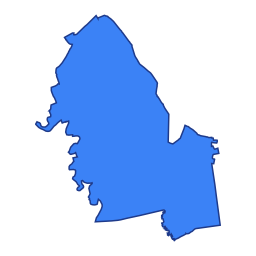 outline of Morunglav, Olt, Romania
{"feature_id": "2599482B55157415904148", "entity_name": "Morunglav", "entity_type": "district", "adm_level": 2, "iso_a3": "ROU", "parent_name": "Romania", "parent_adm1": "Olt", "projection": "mercator", "projection_center": [24.132, 44.471], "detail": "fine", "context": "isolated", "style": "filled", "palette": "blue", "viewbox_px": 256, "rotation_deg": 0, "n_neighbors": 0, "source": "geoboundaries", "source_scale": "gbopen_adm2", "svg_char_len": 5740}
<svg xmlns="http://www.w3.org/2000/svg" viewBox="0 0 256 256"><path d="M220.2,225.2L216.2,195.1L214.9,184.9L211.7,163.5L213.7,163.7L214.4,160.2L214.6,159.4L214.5,159.1L213.6,159.1L212.5,158.4L212.4,157.1L212.9,155.1L213.1,154.8L213.5,154.4L218.8,153.4L217.8,148.2L214.8,149.2L214.2,148.8L212.8,146.0L211.5,146.4L211.5,142.9L211.8,142.3L214.0,142.8L216.7,143.0L217.2,141.8L217.2,140.3L216.0,140.1L213.5,140.2L213.2,138.1L211.6,137.9L211.6,137.4L208.9,137.6L207.2,136.9L206.9,137.0L205.6,136.6L200.5,135.7L199.8,135.3L199.3,135.2L198.9,134.9L198.5,134.9L197.4,134.4L197.0,133.5L196.3,132.8L192.8,129.7L190.3,128.2L188.3,126.6L186.7,126.2L186.2,125.8L185.7,125.8L185.4,125.4L185.0,125.3L184.0,128.7L180.2,138.4L179.5,138.8L179.2,138.9L179.0,139.3L178.6,139.7L172.9,143.9L170.5,143.3L168.2,142.1L168.8,114.2L164.8,108.2L163.4,105.4L163.2,104.2L162.5,103.8L161.1,102.0L159.6,99.4L158.6,97.9L158.3,97.2L158.0,96.9L157.7,96.9L157.4,96.7L157.0,95.9L157.1,95.5L156.1,93.9L156.0,93.7L156.6,88.9L157.1,86.2L157.1,84.8L157.4,83.5L157.1,82.4L152.0,74.8L150.6,73.0L149.4,72.0L148.4,71.3L144.2,67.6L139.7,64.1L138.4,62.0L138.5,62.0L137.0,59.4L135.4,56.9L134.7,55.4L132.0,46.5L131.9,45.7L132.0,45.3L132.0,45.1L131.5,44.7L131.3,44.3L130.1,42.9L129.7,42.3L129.5,41.8L129.2,41.7L122.6,32.7L121.8,31.9L121.5,31.1L120.3,29.9L118.9,28.2L113.5,21.4L110.7,18.8L108.2,17.1L108.0,16.6L107.6,16.5L106.9,16.0L105.8,16.0L104.7,15.4L104.3,15.4L100.1,17.1L97.9,17.9L97.9,18.5L96.1,15.6L86.9,24.7L84.7,26.5L76.7,34.3L74.8,34.8L73.8,34.8L73.7,34.6L73.9,33.0L72.5,33.0L64.5,37.4L65.2,38.5L65.7,38.9L65.7,39.6L65.8,39.8L66.6,40.1L67.0,41.1L67.4,41.7L67.7,41.9L68.0,42.3L69.1,43.5L70.1,44.1L72.3,44.4L71.7,46.3L70.9,48.0L70.0,49.0L69.5,50.3L68.7,51.6L68.3,52.8L67.5,54.0L66.3,56.4L62.3,62.7L59.4,66.1L57.6,67.4L56.9,67.8L56.5,68.4L56.2,68.9L55.9,71.4L56.0,71.8L55.8,72.7L56.0,73.3L56.7,74.4L56.7,74.7L56.5,75.2L56.8,76.8L57.5,78.5L58.2,80.7L59.0,82.8L59.2,83.5L59.2,84.0L58.5,83.8L57.9,83.9L57.0,85.0L55.3,86.0L51.3,87.4L51.3,87.9L51.3,90.6L51.9,92.5L53.3,96.1L54.5,97.9L55.6,100.5L56.4,102.8L51.1,105.0L50.9,106.4L50.8,108.2L50.6,109.2L50.2,109.8L49.7,110.1L49.1,110.8L49.4,110.8L49.6,111.0L49.6,111.6L50.0,113.0L50.6,114.2L50.8,115.1L50.6,116.7L47.9,117.4L47.5,117.9L47.2,119.1L47.3,120.1L47.5,120.8L47.9,121.6L48.5,122.4L48.8,123.9L46.8,126.0L45.6,126.8L45.2,127.0L43.3,127.0L42.1,126.8L40.9,125.7L40.3,123.5L39.5,122.8L38.9,122.5L37.9,122.3L37.0,121.8L35.8,123.9L35.8,124.4L38.7,127.4L40.9,128.7L43.2,129.6L45.9,131.1L48.0,131.4L49.2,131.2L50.0,130.9L51.1,129.8L54.0,126.2L55.8,124.8L57.7,122.8L59.1,121.6L61.1,120.1L62.2,123.0L65.9,121.6L65.9,122.0L68.6,121.1L68.7,123.0L66.9,127.1L66.2,128.9L65.7,132.1L66.8,134.8L68.8,135.1L72.6,134.8L72.6,136.3L74.8,136.1L75.9,135.9L77.5,135.9L78.2,136.1L79.4,136.9L79.9,138.2L79.9,138.8L79.8,139.2L79.3,140.2L78.3,141.9L77.5,143.5L77.1,143.7L76.0,143.3L74.0,143.7L73.5,144.1L70.7,147.2L69.2,151.3L68.4,152.2L69.3,153.1L69.8,153.8L70.2,154.1L70.9,154.3L74.2,153.5L74.8,153.2L75.6,152.6L76.0,153.7L76.7,155.8L77.3,156.9L73.0,157.9L73.8,161.5L72.7,162.4L72.3,163.3L71.9,163.8L69.7,165.5L69.4,166.2L69.1,166.7L69.1,169.1L69.5,169.7L73.5,169.5L75.2,170.0L75.4,170.2L75.6,170.7L75.7,171.0L75.5,171.8L75.6,173.2L75.4,173.7L75.3,174.5L74.8,175.2L74.7,176.0L73.0,177.1L72.6,178.8L74.1,180.2L74.6,180.5L76.2,181.8L77.2,183.4L77.7,184.4L79.4,185.8L79.4,186.0L79.1,186.5L78.6,187.0L78.0,187.3L77.3,188.3L77.0,189.1L77.1,189.5L77.2,189.9L77.5,190.2L78.7,190.6L79.9,190.6L83.4,187.6L83.4,187.2L83.6,186.8L83.3,185.5L82.1,184.2L81.9,183.8L81.7,183.0L81.5,181.0L81.5,180.9L82.4,180.5L82.8,180.7L83.7,181.8L84.3,182.3L87.2,183.2L91.2,183.1L92.0,182.8L92.1,183.6L89.6,186.0L88.9,188.4L90.1,193.7L89.3,195.5L88.4,197.0L89.5,198.6L89.1,199.6L89.8,200.1L90.0,200.4L90.2,201.9L90.2,202.3L90.3,203.3L91.0,204.3L92.9,204.8L95.0,204.9L95.8,204.6L96.7,204.5L97.1,204.3L97.4,203.4L97.6,202.2L98.4,199.3L100.3,200.9L102.1,204.5L102.2,206.3L101.3,209.2L98.1,215.3L96.4,217.8L95.3,221.8L111.4,220.9L117.7,220.3L120.7,219.8L127.2,218.2L139.4,215.6L161.6,210.4L163.6,210.0L164.2,210.1L164.5,210.8L164.9,210.8L165.1,211.7L164.6,211.9L164.0,211.9L163.8,212.0L164.0,212.5L164.6,212.6L164.7,212.8L164.1,213.0L163.5,212.3L163.5,211.9L163.0,212.1L162.9,212.4L163.5,213.3L162.4,214.8L162.4,215.3L161.7,215.5L161.7,216.1L162.3,216.4L162.2,216.7L161.7,217.2L162.1,217.6L161.9,218.6L162.4,218.5L162.8,219.0L163.3,219.1L163.3,219.3L163.2,220.0L163.7,221.1L163.8,221.5L163.7,222.0L162.6,223.1L161.8,223.1L161.8,223.3L162.0,223.4L162.0,223.9L162.3,224.0L162.4,224.5L162.8,224.9L162.7,225.1L162.2,225.4L162.2,225.6L162.5,225.9L162.6,226.5L162.8,226.7L164.3,227.3L164.4,227.2L164.6,226.5L165.2,226.4L165.3,226.7L165.1,227.1L165.1,227.3L165.4,227.6L165.9,227.8L165.9,228.0L164.5,228.7L165.1,228.9L166.6,228.4L166.8,228.4L166.9,228.6L166.8,229.4L165.8,230.0L166.3,230.3L167.1,230.1L167.4,230.6L168.2,230.3L168.5,230.7L168.9,230.6L169.4,232.1L168.8,232.5L168.9,233.1L168.7,233.3L167.8,233.0L167.3,233.1L167.5,233.5L168.1,233.9L168.1,234.0L167.6,234.4L167.5,234.7L167.5,234.9L167.8,235.2L168.5,235.6L169.0,234.9L168.7,234.4L168.9,234.1L169.4,234.1L169.6,234.3L169.7,234.9L170.3,235.1L170.7,235.0L170.8,234.4L171.0,234.2L171.0,234.7L171.4,234.6L171.5,234.8L171.3,235.3L171.4,235.5L172.0,235.2L172.2,235.5L172.1,236.0L171.6,236.3L172.3,236.5L171.6,237.3L171.5,237.5L171.6,237.8L172.0,238.2L172.5,239.2L172.8,239.3L173.2,239.2L173.6,239.4L173.9,239.3L174.0,239.1L173.8,238.6L174.1,238.6L174.4,239.3L174.1,240.0L174.1,240.5L174.3,240.6L174.5,240.6L174.8,240.3L174.9,239.5L178.3,238.1L180.8,236.6L183.7,235.2L185.8,234.0L185.9,233.5L186.2,233.8L188.2,233.6L189.1,233.3L190.8,232.0L192.1,231.4L194.5,229.2L195.7,228.6L220.2,225.2Z" fill="#3b82f6" stroke="#1e3a8a" stroke-width="1.5"/></svg>